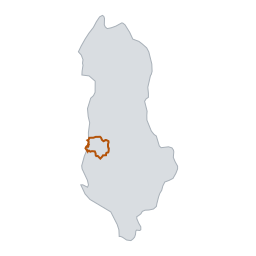 Lushnjë, Fier, Albania shown in context
{"feature_id": "67620474B73435711419495", "entity_name": "Lushnjë", "entity_type": "district", "adm_level": 2, "iso_a3": "ALB", "parent_name": "Albania", "parent_adm1": "Fier", "projection": "mercator", "projection_center": [19.57, 40.906], "detail": "fine", "context": "in_parent", "style": "outline", "palette": "amber", "viewbox_px": 256, "rotation_deg": 0, "n_neighbors": 0, "source": "geoboundaries", "source_scale": "gbopen_adm2", "svg_char_len": 2125}
<svg xmlns="http://www.w3.org/2000/svg" viewBox="0 0 256 256"><path d="M81.9,75.0L82.1,71.2L83.0,65.2L82.5,63.2L83.0,59.7L81.3,55.1L78.4,51.8L81.2,46.0L85.2,38.9L88.9,33.2L93.4,27.4L96.4,21.7L99.6,16.9L102.4,15.4L103.8,16.4L104.5,18.5L104.3,24.8L105.3,27.0L107.2,28.6L111.2,27.8L115.7,26.2L121.8,22.9L122.8,23.1L125.0,24.8L129.7,32.4L132.8,39.1L138.9,41.4L142.3,44.0L146.7,47.9L148.8,51.9L151.8,64.0L152.1,71.3L151.2,74.6L150.5,75.5L147.8,87.3L148.4,93.3L148.4,97.3L146.1,98.9L144.6,101.3L147.1,111.2L146.8,115.3L146.9,120.1L151.3,131.0L154.0,134.4L156.3,136.0L159.3,146.0L161.1,147.7L168.5,146.8L172.0,147.9L173.5,150.2L173.8,151.9L173.3,157.4L175.1,161.7L177.6,166.2L177.6,168.9L175.9,173.3L173.0,178.4L169.1,180.4L164.8,182.0L162.8,186.0L161.7,190.3L159.8,193.4L158.6,196.8L156.8,203.9L156.4,206.4L153.5,209.0L149.0,210.0L145.0,210.2L142.3,211.4L140.9,213.8L138.3,215.8L136.8,216.6L136.8,218.7L138.7,223.2L140.8,226.8L140.8,229.7L139.8,230.5L136.5,230.1L135.8,231.2L135.5,234.4L134.6,237.1L133.2,238.8L130.9,240.6L126.6,240.0L122.6,237.3L120.5,236.4L119.2,236.5L118.9,229.8L117.2,224.5L110.8,211.9L90.0,199.5L85.1,194.0L82.9,189.3L80.8,184.9L82.8,184.8L84.9,185.9L87.5,187.2L88.5,185.0L87.4,180.2L82.1,168.9L81.7,165.8L84.3,156.3L88.7,145.6L88.4,132.6L89.7,122.8L88.2,116.5L87.5,108.6L90.7,98.2L93.5,95.6L95.1,92.3L95.2,81.2L89.1,75.9L81.9,75.0Z" fill="#d9dde1" stroke="#a8b0b8" stroke-width="1"/><path d="M87.4,140.3L88.4,141.3L88.7,142.0L87.8,145.3L89.2,143.6L88.3,145.6L88.2,145.5L88.2,145.8L88.3,145.9L88.5,145.8L88.6,145.7L88.0,146.8L87.5,146.7L86.8,146.9L87.7,145.4L86.8,146.2L86.3,146.7L86.0,147.1L85.5,148.3L87.5,151.3L87.7,150.4L88.5,151.0L89.1,150.7L90.3,151.7L91.6,151.2L92.6,151.2L94.8,151.4L95.6,153.4L95.7,155.2L96.3,156.1L97.7,155.9L100.3,158.6L102.4,156.4L102.9,155.4L106.0,155.2L106.1,153.7L106.5,152.8L108.2,152.4L108.4,151.9L108.6,151.1L108.8,148.3L108.3,147.9L108.0,146.4L108.0,144.2L108.6,142.2L108.4,141.1L106.1,140.0L105.3,140.0L104.9,140.6L103.5,141.2L101.9,139.8L101.1,137.8L100.1,136.8L95.6,136.9L93.5,137.7L89.3,137.8L88.7,139.7L87.4,140.3Z" fill="none" stroke="#b45309" stroke-width="2"/></svg>